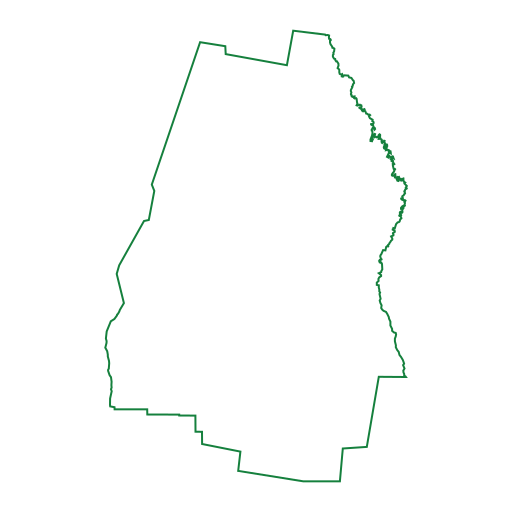 Pelegrini, Santiago del Estero, Argentina
{"feature_id": "61730980B89830542201766", "entity_name": "Pelegrini", "entity_type": "district", "adm_level": 2, "iso_a3": "ARG", "parent_name": "Argentina", "parent_adm1": "Santiago del Estero", "projection": "natural_earth1", "projection_center": [-63.861, -26.197], "detail": "fine", "context": "isolated", "style": "outline", "palette": "green", "viewbox_px": 512, "rotation_deg": 0, "n_neighbors": 0, "source": "geoboundaries", "source_scale": "gbopen_adm2", "svg_char_len": 6054}
<svg xmlns="http://www.w3.org/2000/svg" viewBox="0 0 512 512"><path d="M381.3,263.3L381.4,262.6L381.2,262.4L379.7,262.4L379.2,261.1L379.9,260.9L379.8,259.9L381.1,259.5L382.2,259.8L381.2,259.0L380.7,258.1L380.2,256.1L380.8,254.7L381.2,254.4L383.1,250.1L385.4,250.4L386.2,246.9L387.1,246.2L388.0,246.5L388.3,246.1L387.8,245.4L388.1,244.9L389.3,243.8L389.5,243.0L390.6,241.6L390.9,240.9L392.3,239.6L392.3,238.5L391.1,236.4L393.4,235.4L393.5,234.7L392.9,233.4L393.0,233.0L394.7,232.0L394.8,231.3L394.6,230.6L392.7,229.7L392.7,229.3L393.3,228.8L393.4,228.0L394.8,228.3L396.1,224.1L397.6,222.4L398.9,222.1L399.6,221.5L400.2,219.3L401.4,218.4L401.3,217.8L400.5,216.3L399.4,215.9L399.3,215.5L399.8,215.3L401.0,215.6L401.2,215.2L400.4,213.7L400.0,214.1L399.8,212.7L400.1,212.0L400.6,211.7L401.4,211.7L401.6,212.8L402.1,212.7L402.5,212.0L402.2,209.9L403.5,208.1L403.5,207.5L402.4,207.7L402.2,208.2L401.3,208.8L401.0,208.8L401.0,207.9L402.3,206.3L403.2,205.8L404.6,205.9L404.9,205.6L404.5,204.6L404.9,203.5L404.9,202.7L404.3,201.9L404.6,201.3L405.2,201.2L405.5,200.6L404.8,200.1L403.0,200.1L402.0,199.7L401.3,199.1L401.2,198.6L402.0,198.5L402.6,199.0L402.8,198.8L402.9,198.1L402.2,196.8L402.4,196.1L403.7,195.3L404.0,194.5L405.0,193.5L404.7,192.9L404.9,192.2L404.3,191.5L404.3,191.2L404.9,190.7L405.2,189.5L406.6,188.6L405.9,187.8L406.3,187.5L406.6,186.8L406.3,186.4L406.7,185.8L404.4,183.5L404.3,183.0L405.1,182.5L404.1,181.7L403.5,180.6L402.2,180.1L403.5,179.0L403.4,178.5L401.7,179.2L401.5,180.6L401.1,180.6L400.5,179.6L401.0,179.0L400.8,178.8L399.6,179.2L398.9,178.8L398.2,179.0L398.1,179.6L398.7,180.7L398.4,181.0L397.4,180.7L396.6,178.9L398.2,177.8L398.9,178.0L399.2,177.6L399.0,177.0L398.4,177.3L397.8,176.9L396.7,177.5L394.9,177.4L394.9,177.1L395.5,176.5L395.3,174.2L394.6,174.4L394.6,175.0L394.0,175.8L392.8,175.7L392.5,175.1L392.1,175.5L391.9,175.3L391.9,174.4L393.0,172.7L394.1,171.6L394.0,171.1L395.1,169.2L394.9,169.0L394.1,169.5L393.7,169.0L392.9,165.8L392.8,164.2L393.9,164.4L394.3,164.1L392.8,161.9L393.1,161.0L392.7,160.7L391.9,161.2L391.6,161.0L391.8,160.5L390.9,159.2L391.0,158.9L392.3,158.8L392.4,157.9L393.6,158.4L393.3,157.6L393.0,156.5L392.4,156.3L391.6,157.2L390.1,157.0L389.7,156.7L389.4,155.9L388.4,155.3L387.7,156.3L388.1,157.4L387.0,156.8L388.5,153.7L389.8,152.7L390.8,153.4L390.7,152.1L390.5,151.4L389.9,151.6L389.8,152.2L389.2,152.2L388.7,151.8L388.7,151.4L389.5,151.1L389.3,150.5L388.7,150.1L387.7,149.8L386.0,150.2L387.2,145.7L387.1,144.8L386.8,144.4L386.1,144.5L386.0,145.1L386.7,146.0L386.3,146.1L385.3,145.3L384.8,147.0L384.7,147.6L384.9,148.0L385.6,148.0L385.7,148.4L384.8,148.8L384.1,148.4L383.8,147.5L383.9,146.8L384.5,145.4L384.4,144.7L385.0,143.6L384.9,143.0L384.2,142.5L384.6,140.9L384.1,140.7L382.2,143.0L381.8,142.7L381.5,140.9L381.9,140.1L381.5,139.4L380.4,138.8L378.7,138.9L378.9,138.2L380.2,137.1L379.9,136.0L380.2,135.3L380.1,134.7L379.5,134.3L378.7,135.1L378.3,136.4L376.9,137.4L375.9,136.7L375.0,136.8L374.7,137.2L374.0,136.5L374.5,135.9L375.1,134.1L374.7,133.9L373.8,134.7L373.3,134.8L372.9,135.1L372.6,135.9L372.6,136.4L372.9,136.7L372.5,137.7L372.8,139.3L372.4,139.3L372.3,138.9L371.7,139.0L372.1,140.5L372.0,141.2L370.5,141.0L370.5,139.5L372.0,135.6L372.5,133.1L372.3,131.0L371.7,130.6L371.7,129.5L372.6,128.4L372.7,127.9L373.3,127.8L374.5,129.7L375.1,129.0L374.8,128.0L373.5,126.9L373.3,125.9L372.9,125.4L372.9,124.5L372.0,125.1L371.1,124.5L371.1,124.1L373.2,123.9L373.5,123.4L373.6,122.2L373.2,121.6L372.3,121.1L372.6,119.7L369.9,118.2L369.0,116.4L369.3,115.7L370.1,115.1L369.6,114.6L368.1,114.6L367.3,113.8L366.2,113.6L365.3,111.2L364.3,110.7L364.3,109.9L364.6,109.4L364.4,109.1L362.8,109.7L362.8,110.3L363.5,111.2L363.1,111.4L361.9,110.5L362.0,110.0L362.5,109.9L362.4,109.3L360.9,108.9L359.4,107.8L359.7,107.4L361.2,107.7L361.6,106.5L361.3,105.3L360.4,105.2L359.9,104.7L357.4,105.6L356.6,105.3L357.5,103.5L357.1,102.8L356.6,98.8L356.2,98.2L354.7,98.5L354.0,98.0L353.9,97.5L354.6,96.9L354.6,96.4L353.1,96.6L352.6,96.9L351.7,96.4L351.7,95.2L351.0,94.7L350.9,94.0L351.4,92.4L350.8,91.0L350.9,90.0L352.3,87.2L352.0,86.6L352.8,85.7L352.9,84.4L354.1,83.0L353.6,80.7L352.9,80.2L351.4,77.9L349.1,77.4L348.3,75.6L344.2,75.3L343.5,75.7L343.3,76.5L342.8,76.7L341.8,76.4L342.3,74.8L342.1,74.1L341.2,74.6L339.7,73.9L339.3,72.4L339.3,70.0L339.1,69.4L337.6,68.1L338.5,65.6L338.4,63.6L336.9,61.3L336.2,61.4L335.9,61.0L335.4,60.3L335.2,59.0L334.0,58.6L332.9,56.7L332.9,55.0L333.6,54.1L333.3,52.8L334.1,51.4L334.4,48.7L334.0,48.3L332.3,47.7L332.3,46.8L330.5,44.2L330.0,42.5L330.0,40.7L330.7,40.3L330.7,39.6L330.3,39.1L329.1,38.8L328.9,37.3L329.1,35.5L327.8,35.0L325.6,35.2L325.2,34.6L293.2,30.7L286.9,65.2L225.7,54.1L225.3,46.2L200.1,42.2L151.8,184.6L154.3,190.9L148.8,220.0L144.0,221.0L119.2,265.3L116.7,273.9L123.9,303.1L119.8,310.0L119.3,311.5L118.0,313.8L117.1,314.6L117.0,315.4L114.4,319.0L110.8,321.3L106.7,331.4L105.9,338.5L106.6,341.1L106.5,343.0L105.3,347.7L107.2,351.2L107.8,354.6L107.8,356.4L109.0,360.9L109.2,363.3L108.8,368.6L108.1,369.9L108.1,370.8L109.6,375.2L111.0,377.2L111.6,381.8L111.4,385.0L111.6,387.6L111.0,389.2L111.7,391.2L110.1,398.5L110.0,405.0L110.2,406.4L114.5,407.2L114.6,409.3L147.2,409.3L147.3,414.5L179.2,414.6L179.2,415.5L195.4,415.6L195.5,431.7L202.0,431.8L202.1,444.0L240.4,451.6L238.2,470.9L303.1,481.3L339.9,481.3L342.8,448.5L366.8,446.9L378.8,376.8L405.9,377.0L405.4,376.3L404.2,376.1L404.2,374.0L403.5,372.5L403.3,370.6L404.5,368.5L403.1,365.1L404.1,363.7L403.5,361.8L402.8,359.9L401.0,356.9L399.5,355.0L398.7,351.9L397.2,350.0L395.8,347.2L395.9,345.3L394.9,341.3L394.9,338.6L395.7,336.5L396.1,334.4L395.7,332.9L394.0,332.5L392.1,330.8L392.1,328.9L390.4,325.5L390.4,321.6L389.0,318.6L388.8,317.1L387.3,314.0L386.0,311.9L383.5,310.8L382.1,309.5L381.2,308.0L381.6,305.3L380.4,303.0L379.7,300.5L380.6,298.8L379.5,294.0L380.1,292.5L379.3,291.4L379.3,289.5L378.8,287.6L378.8,285.3L376.8,284.9L376.8,282.6L378.6,280.9L378.4,279.0L379.2,277.4L381.1,276.1L381.1,275.1L378.8,273.2L381.2,272.1L381.4,270.9L382.3,269.4L382.0,263.9L381.3,263.3Z" fill="none" stroke="#15803d" stroke-width="2"/></svg>